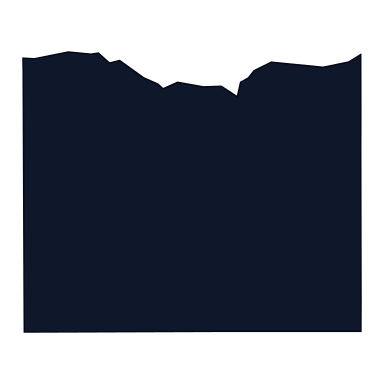 Iowa, Wisconsin, United States of America
{"feature_id": "52423323B56817190019531", "entity_name": "Iowa", "entity_type": "district", "adm_level": 2, "iso_a3": "USA", "parent_name": "United States of America", "parent_adm1": "Wisconsin", "projection": "robinson", "projection_center": [-90.132, 43.011], "detail": "fine", "context": "isolated", "style": "filled", "palette": "ink", "viewbox_px": 384, "rotation_deg": 0, "n_neighbors": 0, "source": "geoboundaries", "source_scale": "gbopen_adm2", "svg_char_len": 460}
<svg xmlns="http://www.w3.org/2000/svg" viewBox="0 0 384 384"><path d="M157.7,84.0L143.6,77.8L119.6,60.5L109.5,63.1L98.4,53.1L90.9,54.2L68.3,52.0L34.5,58.8L23.0,58.2L23.1,68.3L23.2,70.9L24.3,332.0L226.7,331.3L360.9,331.3L361.0,300.6L360.7,147.3L360.8,116.3L360.7,54.6L348.8,62.0L323.1,67.3L271.3,62.2L254.1,70.7L248.3,78.0L240.6,82.3L237.3,96.8L221.3,86.3L203.4,86.9L177.6,82.3L163.1,88.8L157.7,84.0Z" fill="#0f172a" stroke="#020617" stroke-width="1.5"/></svg>